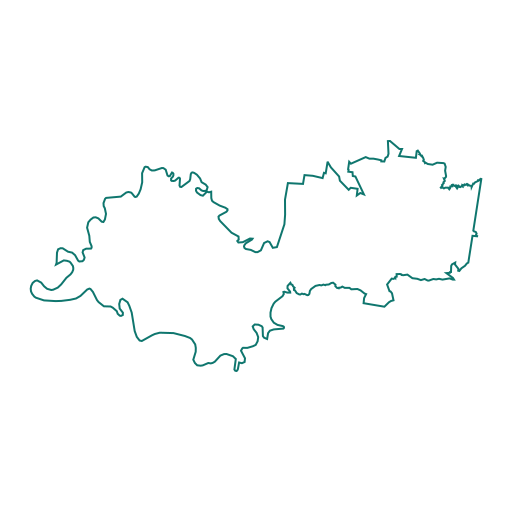 the district of Jáltipan, Veracruz, Mexico, rotated 90°
{"feature_id": "50627088B42259130127478", "entity_name": "Jáltipan", "entity_type": "district", "adm_level": 2, "iso_a3": "MEX", "parent_name": "Mexico", "parent_adm1": "Veracruz", "projection": "albers", "projection_center": [-94.718, 17.862], "detail": "fine", "context": "isolated", "style": "outline", "palette": "teal", "viewbox_px": 512, "rotation_deg": 90, "n_neighbors": 0, "source": "geoboundaries", "source_scale": "gbopen_adm2", "svg_char_len": 6046}
<svg xmlns="http://www.w3.org/2000/svg" viewBox="0 0 512 512"><g transform="rotate(90 256 256)"><path d="M306.7,127.6L302.2,123.0L301.0,121.0L300.3,118.5L293.3,120.0L291.4,121.5L291.2,122.5L284.5,124.9L278.6,120.3L278.9,118.6L278.5,117.7L277.6,117.1L278.1,116.6L276.8,116.5L276.6,115.3L274.1,115.4L274.0,111.9L274.4,110.6L275.0,110.4L275.2,108.7L274.6,104.6L278.2,99.6L278.8,94.7L280.1,91.1L279.0,87.4L280.5,84.4L280.6,83.2L279.0,78.7L279.4,75.8L278.8,73.0L279.6,69.5L278.4,62.5L279.6,59.2L279.6,58.0L277.9,59.1L273.1,65.6L272.8,62.1L272.1,62.0L272.0,61.0L265.9,60.8L264.4,60.0L262.6,56.8L264.5,57.0L268.8,53.6L270.7,53.8L271.0,52.7L268.3,50.6L265.8,47.0L263.5,45.2L262.6,43.7L235.8,39.5L236.4,34.1L235.7,35.5L234.6,35.9L233.6,35.4L232.0,36.2L231.1,38.6L231.4,38.8L179.0,30.7L178.8,31.3L179.6,32.4L180.3,32.1L180.3,34.0L181.0,34.0L182.4,37.0L183.8,38.1L183.6,38.8L187.1,40.4L186.0,40.5L185.3,43.7L185.7,45.0L185.3,44.6L184.5,45.3L184.2,44.5L183.9,45.0L185.2,47.3L184.6,47.7L185.4,48.5L185.0,49.6L186.6,49.4L186.1,50.5L187.1,51.6L187.0,52.3L185.8,53.3L188.4,54.9L187.1,55.8L185.9,54.3L185.3,56.1L186.0,57.0L185.7,58.1L185.4,58.6L183.9,58.7L184.6,58.9L185.0,60.1L186.3,59.9L186.3,61.6L187.4,61.7L187.8,63.0L188.6,62.2L189.3,62.7L187.7,64.0L187.7,66.8L188.4,68.1L187.3,70.1L187.9,70.9L187.5,71.2L185.9,69.5L185.0,70.0L183.2,68.3L182.3,68.6L180.9,67.2L178.6,68.1L179.0,66.7L178.3,67.5L177.2,66.2L176.1,65.9L170.7,66.9L166.9,66.3L163.6,67.4L163.1,68.6L162.7,74.9L164.7,79.4L164.0,84.2L162.7,86.4L163.1,87.0L161.7,87.6L160.9,88.8L159.7,88.2L157.5,89.0L156.4,90.2L156.2,89.8L155.6,90.1L155.7,91.3L155.4,90.8L154.5,92.3L154.3,91.9L153.6,92.1L150.6,94.2L151.2,95.3L157.8,96.1L156.0,112.9L149.0,110.0L149.0,112.6L141.0,122.0L141.1,124.1L153.8,123.5L156.6,124.4L157.9,126.5L161.5,127.7L161.4,130.7L160.3,130.7L159.5,134.1L158.7,138.4L158.7,142.5L157.1,146.3L163.7,161.1L161.8,162.8L169.3,163.9L169.8,163.4L171.7,163.7L172.2,159.5L176.0,159.2L176.5,156.6L194.4,148.1L193.0,151.7L195.5,155.2L188.8,154.4L187.8,161.3L189.8,163.3L180.7,172.1L176.5,172.9L167.4,181.1L162.3,184.1L162.4,184.5L173.3,186.3L172.8,188.0L178.1,189.4L175.8,199.2L175.1,207.5L183.9,209.0L183.1,224.1L199.6,227.0L214.7,226.9L224.3,227.6L247.1,235.1L247.8,239.2L242.1,242.4L241.3,244.4L243.0,247.9L250.3,251.1L252.1,254.4L252.1,256.7L249.9,261.2L249.0,266.1L248.0,267.5L246.5,268.0L245.3,267.7L243.3,266.2L239.6,260.1L238.7,259.5L238.5,262.0L242.2,269.2L242.5,273.6L241.0,274.7L239.6,273.3L236.5,273.5L232.7,280.5L221.1,291.8L218.9,293.2L216.6,293.5L215.5,292.5L211.8,285.6L210.4,284.5L209.2,284.5L207.7,286.7L205.6,292.3L202.1,298.5L200.7,300.0L198.1,300.7L191.7,300.8L192.3,303.0L191.7,305.1L195.7,309.1L195.1,311.5L192.5,315.0L190.7,316.0L188.7,315.9L188.0,314.7L188.3,312.9L190.4,310.5L191.0,308.8L190.9,306.9L190.4,305.4L187.1,304.4L184.6,306.3L182.2,310.4L178.5,311.9L174.7,315.1L172.9,317.8L172.4,319.3L172.7,320.4L174.1,321.2L179.2,321.8L181.0,322.5L187.0,330.6L186.8,331.9L185.5,332.5L178.7,332.0L177.8,332.5L177.7,333.5L180.6,336.9L181.0,338.3L180.9,340.3L180.4,340.9L178.5,340.9L176.6,339.1L175.3,338.6L173.7,338.6L172.8,339.3L172.5,340.0L176.1,342.2L176.3,343.3L175.5,344.5L169.7,346.3L168.1,348.6L168.0,350.1L170.4,357.3L170.5,360.1L169.3,362.4L167.1,364.2L166.7,366.4L167.2,367.4L173.2,369.9L182.3,369.8L189.3,371.4L193.6,373.2L196.6,375.3L197.0,376.7L196.7,377.4L193.3,380.1L192.5,381.1L192.0,383.6L192.5,385.7L196.6,391.2L197.9,405.9L198.8,406.9L203.1,408.5L206.1,408.3L208.2,407.2L213.9,406.0L219.5,407.1L222.0,408.6L221.7,410.3L218.4,413.6L217.3,416.3L217.5,418.6L219.6,421.4L222.3,423.7L227.7,424.9L235.8,422.7L241.9,422.2L246.2,420.4L247.7,420.4L248.6,421.0L248.7,425.9L250.1,428.8L252.4,429.4L257.5,427.4L259.8,428.1L261.2,429.5L261.5,432.7L260.6,433.9L255.2,436.9L252.6,439.9L251.7,444.0L248.3,449.3L248.2,451.4L249.3,453.9L252.6,455.0L262.9,455.4L264.6,456.0L260.4,448.2L260.8,445.1L261.7,442.4L262.7,441.4L266.0,439.1L268.0,438.7L269.8,438.8L272.2,439.8L274.4,441.5L277.8,445.6L284.4,450.8L287.6,454.2L289.7,458.8L290.0,460.7L288.8,464.9L286.3,467.9L282.6,470.8L280.4,474.9L281.0,477.0L282.9,479.3L285.9,480.8L288.7,481.3L291.4,481.0L293.8,479.9L296.6,477.7L297.7,476.1L300.4,468.0L301.1,456.4L300.9,450.6L299.8,441.8L298.5,436.0L295.9,431.5L289.5,424.8L288.6,422.6L289.0,421.5L291.9,419.1L300.1,415.0L302.1,413.4L306.3,408.1L306.5,401.4L307.7,399.2L311.2,395.2L313.8,394.3L315.7,392.2L315.9,391.0L315.0,389.2L312.7,389.1L308.6,392.3L304.0,392.8L299.9,391.6L298.7,389.5L302.3,384.4L305.8,382.7L312.6,380.3L331.1,377.3L336.9,375.2L340.5,372.4L341.0,370.2L335.3,360.0L334.0,357.2L332.7,352.2L333.1,338.5L336.0,327.1L338.0,321.9L339.5,320.0L344.4,316.8L347.9,316.2L351.8,316.3L359.7,318.7L363.0,317.1L365.3,314.8L365.7,311.4L365.4,309.3L363.0,303.7L363.4,301.2L362.9,299.3L361.7,297.2L355.6,291.6L354.1,288.0L354.0,285.5L356.2,279.1L359.0,276.2L369.5,277.6L370.7,276.8L371.0,275.6L370.5,274.8L369.1,274.1L362.5,272.9L363.2,270.1L362.0,267.4L358.3,267.0L350.7,271.0L348.5,269.8L347.8,269.0L347.9,264.7L346.2,259.0L344.9,256.3L341.3,254.4L337.1,253.8L332.9,255.4L329.2,258.3L326.4,259.3L324.5,257.3L324.7,253.6L326.2,250.3L327.5,249.4L336.1,249.1L337.7,247.9L339.0,244.9L333.1,243.9L330.7,242.1L329.4,238.2L328.6,228.6L327.8,228.0L326.7,228.2L326.1,229.2L324.9,234.5L322.7,238.2L319.1,240.7L316.6,241.5L312.6,241.5L308.1,240.5L303.6,238.3L301.7,236.7L296.2,229.5L294.0,228.2L292.0,228.6L291.7,227.7L292.6,224.7L292.6,221.8L291.6,221.9L288.4,224.5L287.1,224.5L285.9,224.4L282.8,221.6L284.5,220.8L284.8,219.6L286.4,218.9L287.8,217.4L288.6,218.1L290.0,218.0L290.3,217.1L293.1,215.3L294.4,212.8L294.5,211.7L293.6,210.1L294.2,208.4L293.9,207.5L295.2,204.7L295.0,203.6L293.8,202.6L290.9,202.1L289.0,200.8L285.9,196.5L285.0,192.5L285.4,190.7L284.6,188.6L285.2,186.6L284.7,186.0L284.5,183.2L283.0,180.7L282.7,178.9L284.7,176.5L286.1,176.7L287.9,175.0L288.3,173.2L287.7,173.0L287.6,171.3L286.6,169.7L287.9,167.2L287.9,162.5L289.3,160.7L289.0,154.6L290.4,151.4L293.5,147.5L294.1,145.9L298.1,147.9L303.2,148.4L306.7,127.6Z" fill="none" stroke="#0f766e" stroke-width="2"/></g></svg>